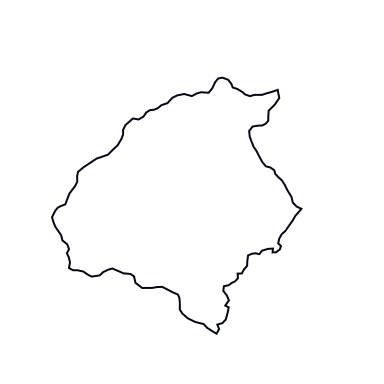 São João da Paraúna, Goiás, Brazil (orthographic projection), rotated 35°
{"feature_id": "56859067B96134969416858", "entity_name": "São João da Paraúna", "entity_type": "district", "adm_level": 2, "iso_a3": "BRA", "parent_name": "Brazil", "parent_adm1": "Goiás", "projection": "orthographic", "projection_center": [-50.363, -16.807], "detail": "fine", "context": "isolated", "style": "outline", "palette": "ink", "viewbox_px": 384, "rotation_deg": 35, "n_neighbors": 0, "source": "geoboundaries", "source_scale": "gbopen_adm2", "svg_char_len": 2104}
<svg xmlns="http://www.w3.org/2000/svg" viewBox="0 0 384 384"><g transform="rotate(35 192 192)"><path d="M99.9,180.6L102.5,184.3L103.7,188.6L104.3,196.3L102.8,203.5L101.8,209.5L96.9,216.4L94.7,219.3L89.0,233.9L87.1,240.9L88.8,244.9L92.1,249.4L92.8,253.8L92.5,263.7L95.3,274.9L92.7,278.6L91.0,281.9L90.7,285.7L91.8,292.9L95.7,296.1L99.9,298.8L103.6,300.2L109.7,302.5L113.6,306.0L119.8,306.4L124.0,309.3L124.7,314.0L128.6,316.2L132.5,319.7L134.8,324.8L139.3,324.4L143.2,321.7L148.6,319.5L154.9,319.4L158.4,318.8L164.1,313.4L165.3,308.3L168.0,303.6L170.6,300.4L178.0,298.8L182.7,297.9L185.6,296.1L188.8,294.4L193.0,294.4L197.7,298.8L206.3,299.2L211.1,295.7L214.3,293.5L217.8,290.0L222.0,286.8L229.0,285.8L234.4,285.1L239.3,284.1L242.3,285.9L245.0,289.0L249.5,295.3L253.8,297.1L260.8,297.9L268.7,296.7L273.0,295.2L277.2,293.5L282.4,294.6L287.1,294.4L293.4,294.0L292.8,288.7L288.8,286.1L292.1,282.0L292.8,277.0L290.4,270.4L288.2,265.4L284.4,266.0L284.4,259.6L279.7,256.7L274.3,255.0L272.2,250.9L275.6,247.2L276.7,243.6L278.5,240.6L279.1,236.3L276.2,232.7L279.5,230.2L279.0,225.6L279.5,220.9L276.9,216.8L274.3,211.8L276.4,208.3L279.3,205.7L282.8,204.3L283.0,199.8L287.1,194.8L290.8,191.9L292.7,195.3L295.4,193.2L296.9,188.6L295.8,185.2L292.1,184.7L290.2,180.1L289.7,175.1L290.8,170.5L290.8,162.9L290.8,156.7L290.3,152.4L290.8,148.1L291.3,143.1L285.8,143.9L280.6,142.8L276.2,138.9L269.1,135.8L263.8,132.9L258.8,130.9L254.0,130.3L249.8,129.4L246.9,127.0L242.1,127.0L237.6,128.6L232.3,127.1L226.5,124.2L221.7,121.6L216.5,119.6L211.0,116.0L207.5,113.5L203.8,109.2L204.1,103.6L207.8,100.0L211.4,97.2L213.2,93.8L213.6,89.9L210.6,85.5L208.2,81.4L209.7,72.9L209.6,65.0L203.6,59.2L200.6,63.4L196.7,68.2L193.6,72.3L187.7,76.4L184.4,80.3L179.5,81.6L176.1,81.2L170.1,81.6L165.4,83.0L162.1,80.8L157.1,79.3L151.1,81.0L148.3,84.1L148.0,88.8L149.1,95.4L148.7,101.2L142.3,105.0L139.3,108.7L136.9,113.5L129.4,116.2L124.5,121.3L121.9,126.0L120.9,133.4L117.2,138.3L115.8,143.2L113.7,146.4L110.6,149.1L108.9,153.0L109.0,158.0L106.7,163.2L101.5,165.6L99.1,175.3L99.9,180.6Z" fill="none" stroke="#020617" stroke-width="2"/></g></svg>